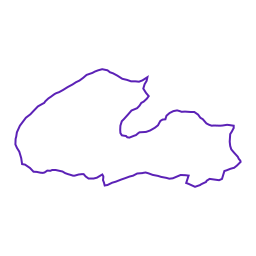 the district of Kabba/Bunu, Kogi, Nigeria, rotated 270°
{"feature_id": "59680162B92155854422456", "entity_name": "Kabba/Bunu", "entity_type": "district", "adm_level": 2, "iso_a3": "NGA", "parent_name": "Nigeria", "parent_adm1": "Kogi", "projection": "natural_earth1", "projection_center": [6.213, 8.074], "detail": "fine", "context": "isolated", "style": "outline", "palette": "violet", "viewbox_px": 256, "rotation_deg": 270, "n_neighbors": 0, "source": "geoboundaries", "source_scale": "gbopen_adm2", "svg_char_len": 2415}
<svg xmlns="http://www.w3.org/2000/svg" viewBox="0 0 256 256"><g transform="rotate(270 128 128)"><path d="M84.3,33.5L84.1,36.8L83.3,40.5L83.1,42.8L83.5,44.5L85.4,47.3L85.2,50.3L86.0,52.2L86.0,54.3L86.0,55.7L84.9,60.6L84.5,62.5L82.9,65.1L81.9,67.9L81.3,70.0L80.7,71.9L80.3,73.1L80.3,74.5L81.5,78.7L81.9,82.2L81.9,83.6L79.5,85.7L77.5,88.5L77.5,91.5L77.5,93.7L78.3,96.9L80.7,100.9L81.5,102.3L79.7,103.3L78.3,103.3L75.9,103.0L73.3,104.0L72.4,104.2L71.2,104.5L70.5,104.7L70.7,105.7L71.0,107.5L73.3,112.2L74.3,115.7L76.5,121.3L77.7,124.8L79.5,129.7L80.3,133.0L82.5,137.2L82.9,142.4L83.1,143.1L83.5,145.6L82.7,148.4L81.1,152.7L80.1,158.0L79.4,160.2L79.1,161.1L78.1,166.5L77.7,167.9L77.3,169.3L77.7,172.8L81.0,180.6L80.8,185.4L80.4,188.6L73.0,186.2L72.6,187.3L72.1,188.6L70.8,191.5L69.2,195.0L71.0,200.2L71.4,200.6L72.4,202.5L74.0,206.0L75.3,206.7L75.7,207.4L77.1,209.6L75.8,219.1L77.1,222.0L85.0,224.4L85.6,226.4L87.2,230.4L87.8,232.5L88.2,234.1L90.4,236.9L93.0,239.5L94.1,240.6L95.4,240.3L97.1,238.8L99.2,237.8L103.4,234.0L106.6,231.3L110.0,230.2L114.3,229.7L121.9,230.2L124.4,231.8L128.0,233.7L130.3,233.7L130.7,230.8L130.9,229.7L131.2,227.1L130.5,222.6L130.3,220.2L130.5,213.8L130.3,211.7L131.2,209.1L132.6,206.4L136.9,202.7L137.9,200.9L138.3,200.3L141.5,198.0L142.0,197.2L144.0,194.3L144.0,190.8L144.4,185.0L144.2,181.6L144.9,179.7L145.6,177.1L144.9,173.4L143.0,169.6L140.3,166.5L138.5,165.9L136.7,165.4L136.4,162.5L135.1,160.4L133.2,159.3L130.7,158.0L128.2,154.8L125.5,150.1L124.1,146.1L123.9,143.2L123.7,139.5L122.8,138.2L120.9,136.0L120.3,134.2L118.4,129.4L118.7,127.3L120.0,126.0L120.3,123.9L120.7,121.8L123.0,120.4L126.2,120.2L130.3,120.4L134.8,121.8L136.9,123.9L141.0,127.6L145.5,131.5L147.8,137.1L150.3,139.5L153.1,141.3L154.4,143.7L157.4,146.9L159.9,148.7L163.1,146.0L167.4,143.3L171.8,144.6L175.1,146.6L178.8,147.4L175.6,142.4L174.3,139.0L174.7,135.0L174.7,131.0L176.1,127.0L177.2,122.3L180.4,117.3L182.7,113.0L183.8,109.8L184.2,109.4L185.7,107.5L186.8,102.2L185.7,98.2L184.5,95.0L183.1,92.4L181.1,86.6L178.1,83.1L175.4,79.4L173.8,76.0L171.5,72.5L169.0,67.8L166.0,63.0L163.8,59.0L162.9,56.4L162.3,55.2L161.9,54.5L160.6,52.7L159.4,51.1L157.6,48.4L154.7,45.3L153.1,44.2L151.7,41.6L149.6,37.9L144.6,33.1L141.7,30.4L138.3,25.9L130.3,19.9L123.7,16.9L119.3,16.2L117.1,15.6L111.6,15.4L108.2,16.9L104.3,19.3L97.9,21.2L91.9,22.1L91.4,25.0L88.0,30.0L84.3,33.5Z" fill="none" stroke="#5b21b6" stroke-width="2"/></g></svg>